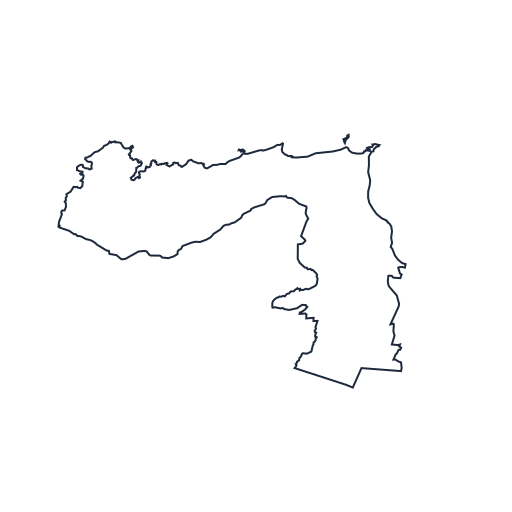 Ninh Hai, Ninh Thuận, Vietnam, rotated 242°
{"feature_id": "81297802B76244887601508", "entity_name": "Ninh Hai", "entity_type": "district", "adm_level": 2, "iso_a3": "VNM", "parent_name": "Vietnam", "parent_adm1": "Ninh Thuận", "projection": "natural_earth1", "projection_center": [109.148, 11.675], "detail": "fine", "context": "isolated", "style": "outline", "palette": "slate", "viewbox_px": 512, "rotation_deg": 242, "n_neighbors": 0, "source": "geoboundaries", "source_scale": "gbopen_adm2", "svg_char_len": 6154}
<svg xmlns="http://www.w3.org/2000/svg" viewBox="0 0 512 512"><g transform="rotate(242 256 256)"><path d="M94.4,279.7L107.5,296.5L86.3,330.0L88.8,332.1L94.0,334.1L95.9,332.3L99.2,330.4L100.0,328.7L103.6,333.3L103.8,334.6L106.2,337.9L105.5,339.2L106.8,341.1L108.9,340.0L110.3,341.6L110.7,339.5L114.1,334.4L120.6,340.9L125.1,342.0L130.7,345.5L131.7,345.6L132.5,342.6L144.4,358.2L146.6,359.9L155.0,361.8L166.4,359.2L168.3,359.3L172.0,360.6L176.3,363.5L176.1,364.4L174.7,366.6L173.0,366.8L171.8,368.0L168.7,373.0L171.3,375.9L173.0,374.9L178.9,376.1L178.9,377.3L177.6,380.0L175.8,382.0L178.6,384.3L181.1,381.7L186.0,379.7L191.2,378.9L198.1,379.7L200.8,379.2L203.7,382.3L208.7,383.9L213.8,387.6L218.5,389.3L221.8,389.1L223.9,388.0L224.7,388.4L225.7,387.7L226.4,387.8L230.1,384.8L236.4,382.2L242.7,381.3L249.6,381.0L254.7,382.3L260.4,385.4L264.9,389.5L269.3,392.4L277.4,394.4L283.2,398.4L290.8,402.3L293.8,407.0L293.3,408.8L295.1,410.2L295.3,412.1L295.9,413.1L295.4,416.0L296.3,416.2L296.3,416.7L298.8,413.9L299.3,413.0L299.0,412.1L299.6,411.2L298.8,411.2L297.8,409.8L299.1,406.5L299.3,404.6L298.1,404.6L296.7,406.6L295.4,405.8L297.9,402.5L297.1,401.7L297.6,400.4L296.5,399.2L297.1,396.8L299.2,392.9L302.2,389.3L305.2,387.8L308.5,387.8L309.8,386.6L310.1,380.8L312.2,372.9L318.7,356.9L319.5,348.2L324.1,337.6L326.4,333.9L327.3,333.7L327.3,334.5L327.9,334.1L328.5,332.3L329.6,330.9L331.1,330.4L331.7,329.4L335.2,328.1L337.7,328.6L342.6,332.6L343.0,332.4L342.8,329.4L344.1,326.9L343.8,322.6L345.1,314.2L345.8,311.6L346.7,311.0L347.8,308.1L350.1,296.8L351.2,294.4L352.7,293.4L350.8,287.7L352.3,277.5L352.3,275.2L351.5,272.3L354.0,267.7L354.9,264.1L356.5,260.9L356.3,253.9L358.0,252.2L361.0,252.1L361.4,253.2L362.2,253.0L362.8,251.8L363.7,251.5L364.8,248.8L369.1,244.9L371.4,244.0L371.9,241.1L369.9,237.5L369.4,232.6L369.9,231.9L371.0,231.9L372.5,230.4L374.9,230.7L375.7,228.7L376.9,227.9L377.0,226.5L375.8,225.9L375.7,221.6L378.6,219.7L379.2,220.1L379.5,221.4L379.9,221.3L380.8,218.6L380.5,217.6L381.6,216.3L381.3,215.2L382.2,214.6L382.2,212.4L383.0,211.6L384.1,211.3L385.8,212.1L386.3,211.1L387.6,211.7L388.0,210.5L388.9,210.0L388.5,207.8L387.0,207.1L386.6,205.9L385.6,206.0L384.5,203.9L384.9,202.3L386.2,201.7L386.5,201.1L386.1,200.5L385.4,200.8L384.6,199.1L383.6,198.6L383.2,197.8L383.3,196.8L385.1,193.6L385.0,192.1L384.2,191.6L382.6,191.7L381.7,190.7L379.7,190.4L379.7,189.2L381.2,188.9L381.3,188.2L381.3,186.3L380.3,184.4L380.5,183.3L381.8,181.9L383.8,182.2L384.1,184.5L384.7,185.5L384.3,186.2L386.0,187.9L386.5,189.7L390.0,191.7L389.8,192.6L390.4,194.4L389.8,196.3L391.5,198.8L392.3,198.9L392.8,198.0L393.5,198.4L393.4,196.3L394.1,195.8L395.0,196.0L395.7,197.1L396.4,196.1L397.4,196.2L398.1,195.2L398.5,192.5L399.2,192.1L400.5,192.3L401.2,191.2L402.1,191.1L404.0,192.1L404.7,191.4L405.4,191.4L407.0,195.1L408.0,195.6L409.0,194.9L409.6,195.7L409.6,198.4L411.3,198.6L411.5,197.6L410.5,195.4L412.1,191.2L414.2,189.9L419.3,189.7L420.9,187.9L421.6,186.5L422.8,185.7L422.6,185.0L423.6,184.9L424.1,182.0L424.6,181.7L424.2,181.1L425.7,180.4L424.6,178.7L424.2,176.0L424.6,173.6L423.5,171.7L422.6,165.6L423.3,163.1L423.2,161.3L421.9,156.4L422.4,155.1L422.1,153.4L422.9,151.6L421.8,150.6L418.7,151.5L417.7,152.4L416.8,154.3L415.7,154.9L414.6,154.5L412.7,152.8L410.3,152.0L410.5,149.7L412.2,148.8L413.3,146.8L415.9,145.0L417.6,145.8L418.7,144.6L418.9,142.1L418.5,139.7L415.9,138.3L413.0,140.7L411.9,142.4L410.5,141.5L411.0,139.4L410.2,139.5L408.9,141.3L408.0,141.5L405.6,139.8L404.9,136.5L403.0,138.0L399.2,135.4L398.4,132.8L399.7,131.0L401.1,130.5L401.3,129.3L402.7,127.5L399.8,122.3L399.6,117.6L397.6,117.0L396.4,115.0L394.5,114.5L393.8,112.6L392.1,112.9L388.7,111.4L386.1,108.3L387.1,106.5L386.9,105.4L385.4,104.2L384.1,104.3L378.6,98.1L376.3,96.5L375.1,96.8L375.3,95.9L374.7,95.3L373.5,95.8L365.9,102.9L360.6,105.6L360.0,107.1L357.6,107.6L356.6,109.3L354.8,111.2L350.7,113.8L348.1,116.9L345.9,118.6L342.6,120.4L341.0,120.7L332.1,126.0L330.6,127.0L329.6,128.5L326.6,127.6L322.3,133.2L317.0,135.3L315.9,136.2L314.8,139.4L315.1,154.4L312.9,159.8L311.4,161.6L306.7,162.5L305.7,163.5L301.8,170.7L300.8,171.8L298.8,172.3L295.3,177.5L294.3,182.8L294.5,187.5L296.9,189.1L297.4,190.0L297.5,193.2L299.3,195.8L298.1,205.0L297.2,208.8L294.6,213.3L293.7,219.9L293.8,224.6L295.5,229.2L296.1,236.8L297.9,241.5L297.6,244.3L296.4,246.9L296.4,250.1L295.7,252.7L296.7,260.8L298.2,262.7L299.0,264.6L298.7,272.5L299.7,273.7L299.8,276.9L297.8,287.7L298.0,288.9L300.1,292.2L300.5,297.9L297.4,305.5L295.4,308.8L294.9,310.7L293.8,310.6L292.6,311.3L290.5,314.5L287.8,316.2L281.8,318.6L276.1,323.7L274.9,323.3L271.0,320.2L269.6,319.7L264.4,319.6L262.7,316.7L252.3,305.1L247.5,306.8L246.2,306.7L245.1,303.4L245.2,302.3L246.6,298.4L233.9,291.5L229.4,291.4L222.9,293.7L221.8,295.4L220.0,295.4L219.0,298.1L217.5,298.4L217.1,299.5L212.4,301.1L210.6,301.1L209.7,300.0L207.2,299.8L202.9,296.6L202.0,295.1L201.8,293.2L201.9,287.9L202.2,286.1L203.6,284.8L203.9,281.4L204.9,280.1L205.0,278.6L206.4,279.5L207.1,277.7L208.2,277.4L207.8,276.2L207.9,274.9L207.1,273.0L208.3,270.2L208.3,269.4L207.4,267.9L208.0,265.3L206.8,262.5L207.9,261.6L208.4,258.7L209.2,257.8L208.9,256.4L209.4,255.5L209.0,252.1L208.0,249.5L206.3,248.0L202.9,246.3L202.2,247.1L202.2,248.2L198.1,253.2L197.6,255.2L196.0,255.9L192.8,259.9L190.6,267.7L191.2,273.8L189.2,277.0L188.3,276.8L187.0,277.4L185.7,274.1L185.2,269.8L185.5,268.2L184.4,267.3L182.0,272.6L180.8,273.1L177.3,271.0L174.4,277.8L171.6,276.2L169.8,279.8L165.3,275.1L163.7,274.9L162.4,272.6L161.2,272.3L160.1,273.2L158.4,271.1L157.1,270.4L156.0,271.5L155.5,271.3L154.9,269.8L153.6,269.0L152.8,267.5L152.7,266.3L150.8,265.1L150.4,264.2L145.6,260.0L145.9,254.9L148.1,251.9L148.0,250.6L146.2,248.6L145.4,246.3L143.6,245.0L143.4,242.6L142.3,241.6L142.0,240.4L140.6,240.5L140.0,239.9L138.9,237.5L99.6,275.4L94.4,279.7ZM317.5,388.7L317.3,388.1L315.7,387.5L314.0,387.5L315.6,389.1L316.7,389.5L316.6,390.6L317.4,393.6L319.5,394.6L319.5,393.1L318.4,392.6L317.8,391.3L318.1,388.1L317.6,388.0L317.5,388.7ZM356.7,292.4L358.0,291.0L357.5,290.3L356.8,291.6L355.2,291.7L354.7,293.5L353.7,295.1L354.2,295.3L356.3,294.3L356.7,292.4Z" fill="none" stroke="#1e293b" stroke-width="2"/></g></svg>